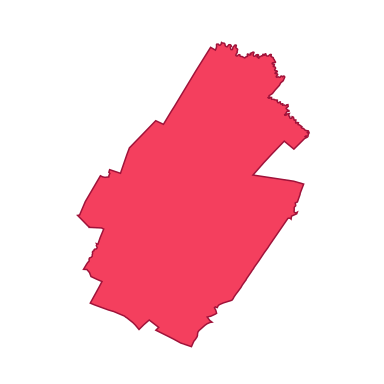 Ineu, Arad, Romania (Robinson projection), rotated 10°
{"feature_id": "2599482B55200534476626", "entity_name": "Ineu", "entity_type": "district", "adm_level": 2, "iso_a3": "ROU", "parent_name": "Romania", "parent_adm1": "Arad", "projection": "robinson", "projection_center": [21.871, 46.429], "detail": "fine", "context": "isolated", "style": "filled", "palette": "rose", "viewbox_px": 384, "rotation_deg": 10, "n_neighbors": 0, "source": "geoboundaries", "source_scale": "gbopen_adm2", "svg_char_len": 5823}
<svg xmlns="http://www.w3.org/2000/svg" viewBox="0 0 384 384"><g transform="rotate(10 192 192)"><path d="M218.3,344.4L219.4,339.9L219.8,338.5L220.9,336.6L222.1,333.8L222.3,332.4L222.1,331.0L222.1,329.8L222.2,328.8L223.1,327.0L224.2,325.7L227.9,321.0L229.8,319.1L232.5,317.3L234.3,316.7L232.6,315.8L232.1,315.7L228.7,312.5L230.9,311.5L231.9,311.2L235.9,308.4L237.3,307.2L235.9,304.2L234.2,302.1L234.9,301.1L236.9,301.5L237.7,299.0L239.2,297.7L242.3,295.7L250.0,291.7L250.4,291.2L250.9,290.2L251.4,288.8L251.5,288.3L252.7,285.6L256.7,277.7L257.7,274.9L259.7,270.7L260.4,269.4L260.7,268.1L264.2,260.4L264.6,259.5L264.7,259.0L266.0,256.6L266.1,255.8L269.7,248.3L273.7,239.2L276.2,234.1L277.9,230.1L290.9,201.6L291.2,201.2L291.8,201.0L292.9,200.8L293.4,200.9L294.3,201.5L294.2,198.5L298.9,195.3L299.2,193.6L298.2,194.4L297.6,194.5L296.5,194.2L296.1,194.0L295.9,193.5L295.8,192.7L295.8,192.0L295.4,190.0L295.4,189.4L295.5,188.9L296.5,187.6L296.4,187.0L296.1,186.3L295.6,184.9L296.2,184.5L296.5,184.1L297.5,183.6L297.6,183.2L298.8,175.9L298.8,174.2L300.6,164.8L290.3,163.7L249.1,164.7L257.6,150.7L264.6,139.9L274.0,125.9L284.9,132.1L293.6,119.8L295.6,118.3L293.8,117.8L294.3,117.1L296.6,116.8L296.5,115.8L296.8,114.0L294.6,113.3L296.9,113.1L296.0,111.6L292.9,111.6L291.3,110.4L290.5,110.0L289.3,110.0L288.5,109.5L288.9,108.6L286.7,107.5L285.8,107.2L284.8,107.2L284.6,106.6L284.8,105.3L284.0,105.2L282.4,106.1L282.0,105.7L282.0,104.5L281.7,103.0L280.3,103.5L279.8,102.7L278.9,100.7L277.5,100.4L277.4,102.0L276.1,102.4L275.3,101.8L275.1,100.6L274.2,100.3L273.8,99.3L274.2,97.9L271.8,98.8L271.7,99.6L270.6,100.3L270.1,100.3L269.8,99.7L270.7,98.8L271.0,97.5L271.6,96.1L272.6,96.0L273.5,95.6L273.3,94.9L272.2,94.7L270.2,93.5L270.4,92.7L271.3,91.8L271.9,91.0L271.6,90.3L271.3,89.3L270.1,89.7L269.7,90.5L268.8,90.7L267.9,90.3L266.2,90.8L266.0,90.5L266.2,89.9L266.1,89.4L265.5,89.4L264.8,89.8L264.0,89.8L263.7,89.4L263.5,88.7L263.4,88.0L263.1,87.9L261.6,89.1L261.0,89.1L259.9,87.6L260.2,87.2L260.1,86.7L257.4,86.9L256.7,86.5L256.3,86.7L255.2,86.6L254.3,86.9L253.7,86.1L253.9,85.1L253.2,85.1L252.2,85.1L251.9,86.2L251.0,86.3L250.5,85.8L251.3,85.2L251.2,83.7L253.9,81.3L254.2,80.9L256.1,77.3L259.5,71.9L259.9,70.7L260.2,69.5L260.5,69.0L262.5,66.6L263.4,62.8L263.2,62.3L262.9,62.0L262.2,61.9L261.9,62.0L261.3,62.7L261.1,62.8L260.6,62.4L260.1,62.3L259.7,62.3L259.4,62.5L259.2,62.9L259.0,63.6L258.8,63.8L258.5,63.9L258.0,63.9L257.3,63.6L257.0,63.6L256.6,63.7L255.6,64.3L255.2,64.2L255.0,63.9L254.9,63.5L255.0,63.1L255.9,61.8L256.0,61.6L255.9,61.2L255.5,60.9L254.8,60.8L253.4,60.9L253.2,60.8L253.2,60.6L253.3,60.3L253.6,59.7L254.3,59.4L254.9,59.0L255.1,58.8L255.1,58.5L255.0,58.3L254.5,58.0L253.1,58.0L252.4,57.7L252.2,57.2L252.2,56.8L252.7,56.2L252.8,55.7L252.7,55.2L252.1,54.6L251.6,54.4L250.4,54.3L250.2,54.0L250.2,53.7L250.9,53.0L251.0,52.7L251.0,52.2L250.7,52.1L249.1,52.0L248.8,51.9L248.6,51.6L248.6,51.3L249.1,50.7L249.5,50.5L251.4,50.1L251.6,49.9L251.7,49.6L251.5,49.3L250.6,48.4L250.3,47.8L249.9,47.3L249.1,46.7L248.8,45.8L248.5,45.5L247.1,45.1L246.1,44.6L246.0,44.3L246.3,43.5L246.3,43.1L246.2,42.9L245.9,42.8L245.4,42.9L245.0,43.1L244.7,43.3L243.7,44.7L243.1,45.0L242.0,45.0L241.4,44.7L241.2,44.4L240.9,43.4L240.7,43.2L240.4,43.1L240.1,43.2L239.9,43.4L239.8,44.5L239.6,44.7L239.3,44.7L238.9,44.6L238.5,44.1L238.2,44.1L237.9,44.2L237.9,44.5L238.1,45.2L238.1,45.4L237.8,45.6L236.8,45.8L236.1,46.6L234.9,47.1L234.7,47.6L234.8,48.3L234.6,48.5L234.4,48.6L234.1,48.5L233.5,47.9L232.7,47.7L232.5,47.3L233.1,46.7L233.6,46.3L233.8,46.0L233.7,45.6L233.3,45.3L232.7,45.3L231.9,45.6L231.2,46.0L230.9,46.8L230.6,47.1L230.2,47.4L229.8,47.5L229.1,47.4L228.7,46.9L228.5,46.4L228.5,45.6L228.8,44.2L228.8,43.8L228.5,43.6L228.3,43.6L227.7,43.7L226.2,44.9L225.3,45.4L225.3,45.6L226.0,46.3L226.1,46.6L225.2,47.0L224.6,47.1L224.2,47.0L223.2,46.4L222.9,46.4L222.7,46.5L222.6,47.2L223.1,48.4L223.1,48.8L222.8,49.0L221.8,49.3L221.5,50.0L221.1,50.2L220.8,50.7L220.6,50.8L219.2,50.4L218.1,50.0L217.8,49.9L216.7,50.0L216.0,50.0L215.6,49.6L215.4,48.7L215.0,48.5L214.3,48.7L213.8,49.0L213.3,49.8L213.0,50.1L212.7,50.3L212.3,50.3L211.8,50.1L211.5,49.9L211.4,49.3L211.7,48.2L212.3,46.8L212.0,45.9L212.2,45.3L212.1,45.0L212.2,43.8L212.0,43.4L210.4,42.4L210.1,42.1L210.0,41.4L210.2,40.8L210.2,40.0L209.7,39.6L209.0,39.8L208.4,40.2L208.1,41.0L207.2,42.4L207.2,43.8L207.1,44.5L206.7,44.9L206.1,44.9L205.6,44.9L204.9,43.6L204.7,43.1L204.6,42.6L205.5,41.8L205.0,40.8L204.5,40.5L204.0,40.3L203.4,40.4L202.7,40.6L201.4,42.9L200.7,42.9L200.3,42.8L199.4,42.3L198.6,40.4L198.0,39.9L197.5,39.9L196.1,40.0L195.7,39.9L195.4,39.7L195.1,39.6L194.9,41.7L194.4,42.3L194.0,42.6L193.2,42.6L192.5,42.0L192.1,41.8L191.4,41.9L191.1,41.8L191.1,41.5L190.5,42.7L190.9,44.1L190.9,45.9L190.4,48.2L185.2,46.3L174.6,72.5L159.8,110.8L157.6,116.1L152.1,130.3L143.9,128.1L133.7,143.2L122.7,159.4L121.4,166.4L118.3,186.0L107.0,184.3L106.7,187.1L107.9,187.9L107.3,190.4L107.4,191.6L103.7,192.7L101.3,192.6L99.0,191.9L88.6,219.9L85.3,234.2L83.4,234.9L90.4,239.9L95.2,243.4L96.0,243.8L96.8,244.1L96.8,244.7L109.1,243.1L111.5,243.8L109.5,252.8L108.4,259.7L106.9,259.5L107.4,260.2L107.1,261.5L108.3,263.1L108.1,263.8L107.7,264.6L106.9,265.0L106.2,265.1L105.6,265.8L105.7,266.5L105.6,266.9L105.0,267.2L104.4,268.2L104.4,268.7L104.6,269.0L104.8,270.0L104.8,270.4L104.6,271.1L104.9,272.4L104.8,272.8L104.2,273.7L102.6,274.7L102.4,275.1L102.3,276.1L102.6,277.1L102.6,277.5L102.5,278.3L101.8,279.1L101.3,280.1L100.6,281.7L98.6,287.0L102.0,286.6L105.1,289.2L107.2,292.8L113.5,294.5L118.9,295.8L117.1,301.5L111.1,319.1L115.6,320.1L121.7,321.2L130.2,322.7L134.6,323.2L135.2,323.2L147.0,325.9L148.8,326.9L149.5,327.1L156.5,330.9L159.2,332.8L163.7,336.6L167.5,331.2L172.1,325.5L182.7,331.1L180.4,334.4L194.3,338.5L199.5,340.1L207.2,342.7L218.3,344.4Z" fill="#f43f5e" stroke="#9f1239" stroke-width="1.5"/></g></svg>